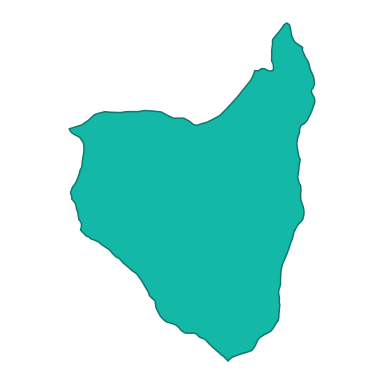 outline of Menbi, Lhuntshi, Bhutan
{"feature_id": "84629894B25534094545314", "entity_name": "Menbi", "entity_type": "district", "adm_level": 2, "iso_a3": "BTN", "parent_name": "Bhutan", "parent_adm1": "Lhuntshi", "projection": "albers", "projection_center": [91.176, 27.598], "detail": "fine", "context": "isolated", "style": "filled", "palette": "teal", "viewbox_px": 384, "rotation_deg": 0, "n_neighbors": 0, "source": "geoboundaries", "source_scale": "gbopen_adm2", "svg_char_len": 3577}
<svg xmlns="http://www.w3.org/2000/svg" viewBox="0 0 384 384"><path d="M69.2,129.0L70.1,130.7L71.6,132.7L74.7,134.7L77.5,136.1L79.7,137.3L81.6,140.1L83.4,143.1L83.9,146.1L84.0,151.1L82.8,158.0L82.4,161.3L81.7,167.3L80.2,169.9L79.4,173.2L77.7,178.2L75.8,182.7L72.4,187.3L70.6,192.3L70.6,193.3L71.7,196.3L71.8,199.0L73.6,201.1L75.6,204.0L76.2,206.8L76.6,209.3L78.0,212.8L78.0,214.0L78.9,219.7L80.9,222.0L81.5,224.5L81.4,226.8L80.5,230.0L83.1,232.8L86.1,235.9L89.1,237.1L90.5,238.7L95.1,240.3L98.8,242.1L101.2,244.3L106.3,247.7L109.3,249.6L112.7,253.6L116.0,256.9L119.0,258.3L121.1,260.5L123.6,263.3L127.5,266.5L132.0,270.6L136.7,273.8L140.5,279.1L142.8,282.5L145.7,287.8L148.5,292.3L149.3,295.4L152.1,298.4L154.9,300.6L155.3,303.0L155.7,305.7L156.0,307.3L156.3,308.2L157.0,309.7L157.6,311.2L158.3,312.4L159.0,313.5L159.7,315.1L160.2,315.9L161.0,316.9L163.0,319.1L164.0,320.0L165.7,321.4L167.6,322.3L169.2,322.7L170.6,323.1L172.2,323.5L174.4,324.3L175.9,325.1L177.1,325.9L179.1,327.7L180.2,329.3L180.9,330.1L182.9,331.7L184.5,332.7L185.3,332.9L186.1,333.0L187.1,333.2L190.1,333.1L192.8,333.1L194.1,333.2L195.8,333.6L196.6,334.1L197.4,334.9L198.3,336.0L199.2,336.9L200.3,337.5L201.6,338.0L203.2,338.5L204.8,339.3L205.6,339.8L207.2,341.7L208.9,343.6L211.1,345.6L212.7,347.3L215.0,349.1L216.9,350.9L219.5,353.1L221.2,354.7L222.6,355.7L224.5,357.2L225.5,358.3L226.6,359.4L227.4,360.3L227.9,361.0L230.3,358.7L231.7,357.5L236.3,355.6L242.0,353.6L244.9,352.8L248.9,351.6L251.8,350.4L253.0,349.0L254.2,347.5L255.1,345.8L256.3,343.4L257.4,340.6L258.5,339.2L259.6,337.7L262.0,336.2L264.7,334.4L267.7,333.0L271.2,330.8L273.8,327.4L276.1,323.3L278.3,320.3L278.8,317.4L279.0,313.0L279.8,304.9L279.3,302.2L279.4,297.9L278.7,294.1L278.6,292.6L278.7,290.6L280.5,284.7L280.5,280.2L280.6,278.0L280.7,274.7L281.1,270.1L281.8,266.8L282.8,263.4L284.1,260.6L287.1,253.4L288.8,248.7L290.1,244.4L291.9,240.0L292.5,238.6L293.7,232.8L294.5,231.2L295.7,228.6L297.6,225.2L301.1,221.5L302.6,219.6L303.5,216.6L303.9,214.7L304.0,211.5L303.4,207.4L302.6,205.2L302.3,204.3L301.1,200.8L300.6,197.5L300.6,196.4L300.7,192.0L301.0,190.8L300.8,187.2L300.6,185.5L299.0,182.7L297.9,178.3L297.7,176.4L298.3,173.3L299.0,167.7L299.1,165.9L299.6,162.9L299.8,161.8L300.2,159.3L299.2,157.7L297.9,151.8L297.8,151.0L297.2,147.3L296.8,143.5L297.3,139.4L298.3,135.9L299.8,131.5L299.4,129.5L300.9,125.5L302.6,124.5L304.1,123.7L306.2,121.7L307.2,120.4L308.7,117.2L310.3,114.5L312.3,109.6L313.2,106.5L314.1,104.6L314.8,101.8L314.7,99.6L314.3,97.9L313.0,95.4L311.9,93.4L311.4,91.7L311.4,90.4L313.1,87.7L314.2,85.0L314.5,82.9L314.0,79.5L313.8,78.1L312.9,75.2L310.9,71.1L309.7,67.2L309.1,64.4L308.3,62.1L306.1,58.3L305.3,57.1L303.4,52.6L302.3,50.2L302.6,47.8L302.2,47.1L300.7,46.1L297.5,44.0L296.1,43.1L294.6,41.7L293.3,39.6L291.7,35.5L290.6,29.7L290.1,26.7L289.3,24.7L286.9,23.0L284.2,24.6L282.5,27.2L280.5,29.8L278.6,32.4L276.2,35.1L274.0,37.9L272.7,39.6L272.4,42.2L272.7,43.1L271.7,50.3L271.7,55.6L271.6,60.9L273.2,64.2L273.5,68.3L273.0,70.4L269.5,71.2L268.2,70.6L266.6,69.8L264.3,68.7L261.3,68.7L258.6,70.7L254.8,70.6L253.2,75.4L251.7,78.6L249.8,81.5L247.9,83.8L242.4,90.6L237.9,96.4L229.6,105.5L224.9,110.5L219.8,115.5L217.5,116.8L212.6,119.5L206.5,122.4L202.5,123.4L197.2,125.3L193.8,124.8L189.4,121.2L183.8,118.2L178.9,118.1L173.7,118.3L167.4,115.3L161.3,112.0L153.5,111.1L147.4,110.6L143.8,110.6L138.4,111.6L130.8,111.6L125.9,111.7L121.5,112.5L117.3,112.5L109.7,112.2L104.9,111.7L97.5,113.6L94.3,114.8L91.3,117.6L88.1,120.6L81.5,125.0L75.8,126.8L70.0,128.6L69.2,129.0Z" fill="#14b8a6" stroke="#0f766e" stroke-width="1.5"/></svg>